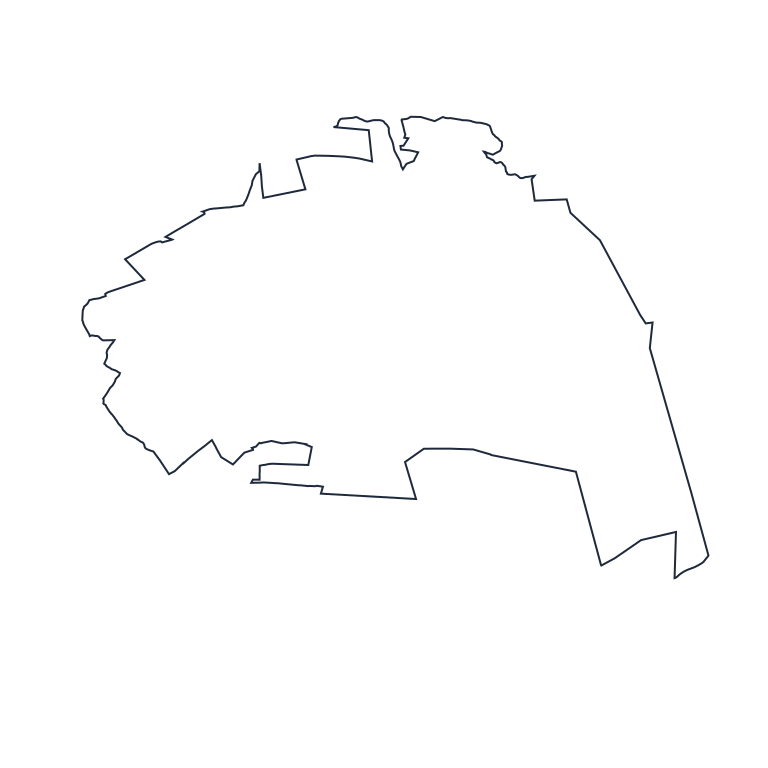 Acacoyagua, Chiapas, Mexico, rotated 74°
{"feature_id": "50627088B49299512853097", "entity_name": "Acacoyagua", "entity_type": "district", "adm_level": 2, "iso_a3": "MEX", "parent_name": "Mexico", "parent_adm1": "Chiapas", "projection": "equal_earth", "projection_center": [-92.715, 15.405], "detail": "fine", "context": "isolated", "style": "outline", "palette": "slate", "viewbox_px": 768, "rotation_deg": 74, "n_neighbors": 0, "source": "geoboundaries", "source_scale": "gbopen_adm2", "svg_char_len": 6129}
<svg xmlns="http://www.w3.org/2000/svg" viewBox="0 0 768 768"><g transform="rotate(74 384 384)"><path d="M256.9,653.6L256.7,652.1L256.9,651.0L257.4,650.1L257.8,649.1L258.3,648.2L258.5,647.3L259.2,645.8L260.7,644.7L261.2,644.6L262.1,644.1L262.5,643.7L263.3,643.3L264.6,642.1L267.5,631.1L268.3,632.1L269.0,632.6L269.7,633.7L270.4,634.8L271.0,635.6L271.3,636.2L272.7,637.6L274.4,639.9L275.0,640.5L276.2,641.3L277.4,642.0L278.6,642.2L279.0,642.1L280.5,642.4L282.3,643.1L283.1,643.6L283.7,644.1L284.9,645.2L287.4,647.3L288.7,646.4L290.3,645.8L292.6,643.4L294.7,641.7L296.5,639.0L297.8,637.4L299.1,636.4L300.7,634.8L302.8,636.3L305.1,640.4L307.6,642.1L310.5,645.2L312.3,648.4L314.5,650.7L316.0,652.3L317.8,654.4L320.7,658.1L321.4,657.8L322.3,658.0L323.7,658.4L324.8,658.9L325.4,659.1L326.0,658.9L327.1,657.7L327.9,657.2L328.7,657.3L335.5,655.3L336.1,654.8L337.1,654.6L338.3,653.8L340.9,652.8L342.0,652.3L344.2,651.7L345.7,651.0L346.9,650.8L347.8,650.5L348.8,650.3L349.7,649.8L350.5,649.5L352.1,648.6L354.4,647.7L355.3,647.7L356.1,647.5L356.9,647.1L359.5,645.7L361.3,644.8L362.5,643.5L363.6,642.2L365.0,640.5L365.8,639.5L366.5,638.9L368.3,636.9L369.1,636.6L369.3,636.0L370.2,635.5L370.6,635.1L371.5,634.5L372.0,634.1L372.5,633.5L373.0,633.1L373.5,632.2L374.6,631.6L376.6,631.2L378.2,631.4L379.5,631.2L380.7,630.5L382.3,628.7L384.1,626.2L385.3,624.3L395.5,620.5L411.4,615.5L410.1,609.2L405.4,600.2L404.5,598.6L404.9,598.5L402.0,592.7L396.8,580.5L394.4,574.1L390.5,564.9L397.6,563.2L400.1,562.8L409.4,560.7L419.7,551.4L418.9,550.0L418.1,548.5L415.7,544.5L411.5,537.2L411.2,528.0L410.4,527.9L409.0,528.6L408.9,526.0L408.9,524.4L406.2,520.0L407.1,518.5L407.0,516.8L407.5,511.6L407.7,507.9L412.9,498.4L413.6,495.4L415.2,486.7L415.5,485.7L420.2,475.8L420.4,476.2L424.7,470.8L441.0,479.1L429.8,513.5L429.1,517.4L429.0,520.0L428.6,522.3L428.3,526.0L434.0,527.6L437.0,528.7L438.5,529.0L441.7,530.0L439.8,536.4L442.4,538.9L444.5,531.0L445.5,526.7L447.7,520.4L448.6,518.0L450.4,512.7L451.1,511.0L452.9,506.5L457.5,494.8L458.6,491.6L461.3,484.9L461.5,483.5L461.6,483.4L463.3,478.2L463.3,476.7L465.9,471.0L472.0,474.9L503.4,384.9L464.8,385.3L457.2,363.5L464.3,338.5L471.5,316.3L481.1,301.0L481.8,300.6L521.2,223.7L617.4,225.3L618.4,225.1L615.1,210.2L604.9,179.9L606.7,144.1L650.7,158.2L650.7,157.3L650.0,155.2L648.9,153.1L648.0,150.8L646.9,147.2L646.3,143.7L645.7,136.1L644.8,131.5L643.8,127.7L642.9,125.7L641.9,124.3L640.6,122.5L639.4,120.7L638.3,119.4L574.0,118.6L422.8,118.6L398.9,108.9L397.9,115.7L388.4,118.7L305.3,136.8L270.8,157.6L256.9,157.5L249.3,188.6L227.9,185.7L225.3,182.0L224.5,188.8L224.0,190.9L224.2,191.9L224.2,193.5L224.2,194.3L224.0,195.2L223.7,195.9L223.1,196.7L222.6,196.9L222.3,197.2L221.9,197.4L221.0,197.8L219.4,199.2L218.7,200.0L218.4,200.7L218.1,203.6L217.9,204.3L217.5,205.4L217.1,206.2L216.7,206.9L216.1,207.6L214.5,207.5L213.3,208.2L212.2,208.0L208.9,207.6L208.3,207.8L207.2,208.1L206.6,208.5L206.2,208.9L204.6,209.3L204.3,209.5L203.7,209.8L203.1,210.4L202.8,210.9L202.6,211.5L202.9,213.8L202.8,214.5L202.8,215.1L202.4,215.6L202.0,216.0L200.7,216.9L200.3,216.8L199.1,217.2L198.7,217.7L198.1,218.2L197.8,218.9L196.8,219.7L194.5,222.4L194.0,222.5L192.2,222.5L191.5,222.5L189.0,223.7L188.2,224.0L188.9,222.5L189.7,221.9L190.3,221.1L190.8,220.4L191.5,219.2L193.1,216.9L193.6,216.1L193.4,215.3L193.2,214.6L192.4,211.0L192.0,208.6L191.5,207.8L190.6,206.9L187.9,205.0L187.3,204.7L185.5,204.5L184.8,204.2L183.9,204.0L183.3,204.3L182.8,204.7L181.9,205.6L181.2,205.9L180.5,206.1L179.2,206.8L176.6,208.9L175.4,209.3L174.8,209.7L173.9,210.4L173.0,210.6L171.8,210.8L170.3,210.9L169.4,210.9L165.6,211.1L164.8,211.4L164.2,211.9L163.8,212.5L163.2,213.2L162.5,213.8L162.0,214.7L161.5,215.7L161.1,216.5L160.7,216.9L160.4,217.7L159.7,218.8L158.9,221.0L158.5,222.2L158.2,223.2L157.6,224.1L156.0,226.9L155.2,227.8L154.6,229.0L154.0,230.2L153.1,232.5L152.4,234.9L151.8,236.3L151.3,237.1L150.3,239.1L149.9,240.2L149.2,241.5L146.6,247.1L146.2,249.2L145.5,250.8L145.2,251.5L144.7,252.3L144.0,253.1L143.6,254.0L145.3,262.8L137.5,275.0L134.5,284.6L135.3,287.6L135.4,288.6L135.3,290.2L135.0,291.3L135.0,292.2L134.6,294.0L135.2,294.4L142.2,294.5L147.1,294.8L150.0,294.7L152.9,296.6L154.5,292.9L160.3,299.5L159.7,302.6L163.3,303.1L166.7,294.5L170.7,287.3L176.5,292.8L177.3,293.4L177.9,294.0L178.4,300.2L178.5,300.9L178.7,301.9L182.9,306.7L179.3,307.4L175.1,307.1L171.9,307.7L168.8,308.4L163.0,309.6L160.6,309.6L156.8,309.2L153.7,309.1L150.3,309.5L147.6,310.0L144.5,310.0L141.3,309.5L139.3,308.8L135.7,309.8L133.4,311.3L131.6,311.9L130.3,313.3L129.7,314.4L129.0,315.9L127.6,320.9L127.5,321.7L127.4,322.3L127.3,325.8L127.2,327.1L127.0,328.1L126.8,328.5L126.4,329.0L126.1,329.6L125.2,330.7L124.9,331.1L124.3,331.5L123.3,332.8L122.6,333.9L120.3,336.2L119.9,336.8L119.7,337.4L119.6,338.1L119.6,340.2L119.2,342.4L117.3,351.8L117.4,352.6L117.5,353.0L118.5,354.4L118.9,355.0L119.9,355.7L120.3,356.1L121.0,356.4L121.9,357.0L122.6,357.4L123.2,358.5L123.2,359.3L123.1,361.7L135.8,328.7L166.8,334.1L160.6,345.3L158.4,350.0L154.8,358.6L152.9,364.0L149.4,374.4L145.4,387.5L144.8,391.9L144.7,395.1L144.1,406.2L144.7,406.3L175.2,405.9L171.8,448.7L160.4,446.9L149.8,444.6L137.4,442.7L142.7,444.4L145.2,445.1L146.9,449.2L149.0,451.2L152.6,454.5L156.5,456.3L160.5,459.4L164.6,462.2L169.4,466.0L171.8,468.7L173.4,469.9L172.8,476.0L172.1,479.2L171.7,483.3L170.6,488.2L169.3,495.3L168.4,499.5L167.9,503.4L168.1,507.1L168.3,510.8L169.2,509.5L171.0,509.6L177.0,532.7L178.8,539.8L180.2,545.3L182.4,553.5L186.8,547.8L186.9,548.7L186.7,557.7L186.8,558.0L186.3,558.8L185.7,559.0L185.3,559.5L185.2,560.1L185.0,560.9L184.8,563.0L184.8,564.2L185.1,568.5L185.3,569.1L185.4,570.0L186.1,572.6L186.8,575.3L192.7,598.5L217.9,585.6L219.4,617.9L219.7,623.9L220.5,627.1L222.7,627.2L223.1,634.6L222.3,639.8L222.3,642.6L222.2,644.1L224.3,646.1L225.3,647.2L225.5,648.1L226.0,648.6L226.2,649.1L226.9,650.9L227.2,651.2L228.3,651.7L229.5,652.8L231.1,653.6L234.7,654.8L234.8,654.9L235.1,654.9L235.6,655.1L239.8,656.5L240.8,656.3L241.5,656.2L242.2,656.3L242.6,656.4L243.1,656.3L244.4,656.2L246.8,655.7L254.9,653.7L256.5,653.6L256.9,653.6Z" fill="none" stroke="#1e293b" stroke-width="2"/></g></svg>